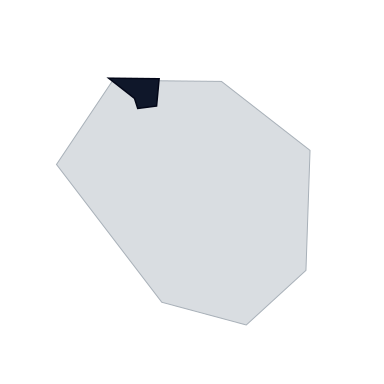 Boe on a map of Nauru (Albers equal-area conic projection), rotated 113°
{"feature_id": "NRU-4971", "entity_name": "Boe", "entity_type": "state/province", "adm_level": 1, "iso_a3": "NRU", "parent_name": "Nauru", "parent_adm1": "", "projection": "albers", "projection_center": [166.917, -0.541], "detail": "fine", "context": "in_parent", "style": "filled", "palette": "ink", "viewbox_px": 384, "rotation_deg": 113, "n_neighbors": 0, "source": "natural_earth", "source_scale": "10m", "svg_char_len": 397}
<svg xmlns="http://www.w3.org/2000/svg" viewBox="0 0 384 384"><g transform="rotate(113 192 192)"><path d="M305.3,176.7L219.6,327.5L120.1,308.5L78.7,208.1L107.6,99.6L219.6,56.5L293.2,90.1L305.3,176.7Z" fill="#d9dde1" stroke="#a8b0b8" stroke-width="1"/><path d="M119.8,313.2L100.6,266.5L126.7,258.2L136.3,274.6L128.3,281.5L119.8,313.2Z" fill="#0f172a" stroke="#020617" stroke-width="1.5"/></g></svg>